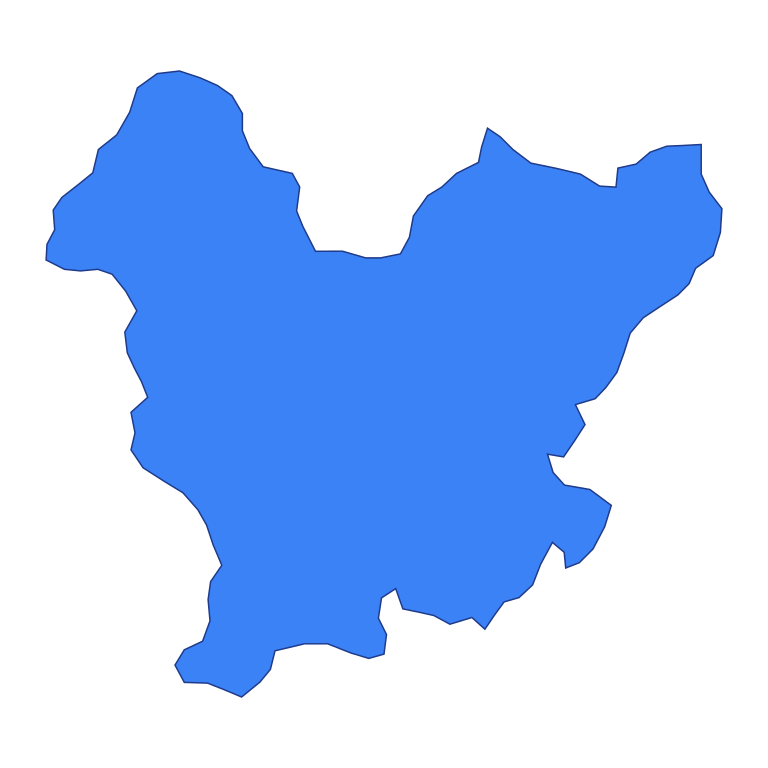 Itamarati de Minas, Minas Gerais, Brazil (orthographic projection)
{"feature_id": "56859067B34980418963109", "entity_name": "Itamarati de Minas", "entity_type": "district", "adm_level": 2, "iso_a3": "BRA", "parent_name": "Brazil", "parent_adm1": "Minas Gerais", "projection": "orthographic", "projection_center": [-42.847, -21.427], "detail": "fine", "context": "isolated", "style": "filled", "palette": "blue", "viewbox_px": 768, "rotation_deg": 0, "n_neighbors": 0, "source": "geoboundaries", "source_scale": "gbopen_adm2", "svg_char_len": 1734}
<svg xmlns="http://www.w3.org/2000/svg" viewBox="0 0 768 768"><path d="M137.4,87.9L129.7,112.2L116.7,134.9L98.4,149.5L92.8,172.8L78.0,184.8L61.9,197.4L53.2,210.1L54.7,229.7L47.0,244.3L46.1,260.0L64.4,269.3L80.5,270.9L97.8,269.3L112.1,274.2L125.7,291.2L136.8,310.8L124.8,332.1L127.3,352.8L134.4,368.1L141.5,381.7L147.7,397.3L131.0,412.3L135.0,432.9L131.0,449.9L143.1,467.8L164.5,481.5L183.0,492.8L197.9,509.8L206.6,525.1L213.1,544.7L221.8,565.3L210.6,581.6L208.1,599.6L210.0,620.9L202.6,641.2L184.3,649.8L175.0,665.1L184.3,682.4L207.5,683.1L222.7,689.1L241.6,697.0L259.9,682.1L270.4,669.4L275.0,650.8L304.4,643.8L327.6,643.8L351.2,653.1L368.8,658.4L384.0,654.1L386.5,634.5L378.4,618.2L381.5,597.9L395.7,588.6L402.9,608.9L419.0,612.2L433.8,615.5L449.9,624.2L471.9,617.5L484.9,629.2L495.1,614.2L504.1,601.9L519.0,597.6L532.6,584.9L540.6,564.3L552.4,542.4L564.2,552.3L565.7,568.0L579.3,562.7L593.0,549.0L604.7,526.7L611.3,505.4L589.9,489.5L564.5,485.1L553.1,472.5L547.5,454.2L563.6,456.9L574.7,440.6L585.0,424.6L575.4,404.6L595.2,398.7L605.7,387.7L616.9,372.4L624.0,352.8L630.2,333.1L643.2,317.8L659.6,306.9L677.9,294.9L689.1,283.6L695.6,268.3L713.2,255.6L720.4,232.4L721.9,208.7L709.2,192.1L701.2,174.1L701.2,144.5L682.9,145.5L666.8,146.2L650.1,152.2L636.1,164.1L617.9,168.1L616.0,187.1L599.6,186.1L580.4,174.1L556.5,168.4L530.8,163.1L512.9,149.5L500.2,136.8L487.5,128.2L481.6,147.1L478.5,162.4L456.5,173.4L441.9,187.0L427.7,195.7L413.4,216.0L409.4,237.3L400.4,253.9L380.6,257.9L365.7,257.9L342.5,251.2L315.5,251.3L302.8,226.3L296.6,211.0L299.7,187.0L292.3,173.4L263.2,166.8L249.6,148.5L242.4,130.8L242.4,113.5L231.9,95.6L217.6,85.6L200.3,77.9L179.5,71.0L157.2,73.6L137.4,87.9Z" fill="#3b82f6" stroke="#1e3a8a" stroke-width="1.5"/></svg>